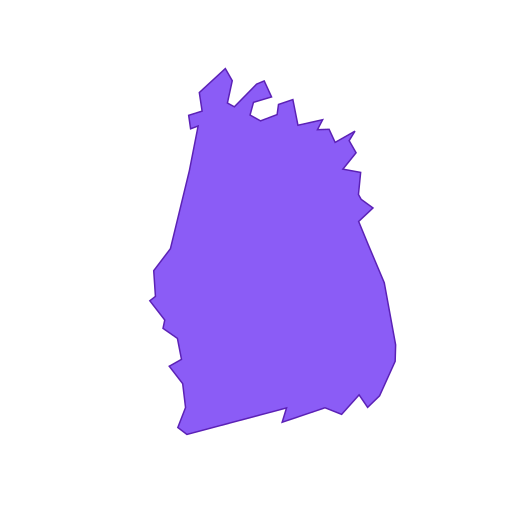 Jefferson, Tennessee, United States of America, rotated 66°
{"feature_id": "52423323B28342113074407", "entity_name": "Jefferson", "entity_type": "district", "adm_level": 2, "iso_a3": "USA", "parent_name": "United States of America", "parent_adm1": "Tennessee", "projection": "natural_earth1", "projection_center": [-83.496, 36.043], "detail": "fine", "context": "isolated", "style": "filled", "palette": "violet", "viewbox_px": 512, "rotation_deg": 66, "n_neighbors": 0, "source": "geoboundaries", "source_scale": "gbopen_adm2", "svg_char_len": 861}
<svg xmlns="http://www.w3.org/2000/svg" viewBox="0 0 512 512"><g transform="rotate(66 256 256)"><path d="M439.7,215.6L434.0,200.0L408.8,171.7L394.0,164.6L332.6,149.7L291.6,148.9L266.2,148.2L259.7,129.6L247.0,136.9L241.5,137.4L222.2,126.4L212.0,141.3L202.4,122.6L188.5,124.0L182.2,114.8L184.4,137.5L170.0,137.7L165.6,148.5L158.6,139.7L153.6,164.5L128.1,158.7L126.7,173.8L135.4,179.2L134.4,196.9L124.8,204.1L114.6,195.8L117.0,177.1L99.4,177.3L99.2,185.5L110.9,215.1L104.6,219.9L86.2,206.4L72.3,207.8L83.6,241.3L101.7,246.3L100.1,260.3L113.2,264.0L113.7,256.0L151.0,282.2L214.5,331.2L227.8,355.4L252.0,364.3L253.7,371.2L277.4,365.4L284.3,370.4L299.3,361.3L320.1,366.1L321.4,380.1L342.8,374.9L365.8,382.0L380.9,397.2L390.9,391.7L407.2,289.9L418.5,299.7L422.7,254.7L435.5,242.2L424.8,218.3L439.7,215.6Z" fill="#8b5cf6" stroke="#5b21b6" stroke-width="1.5"/></g></svg>